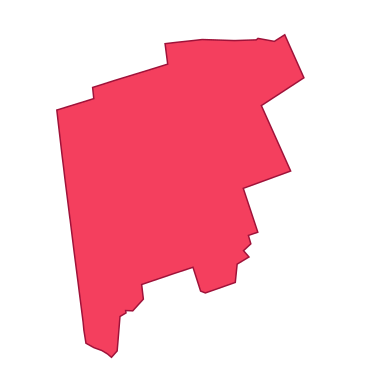 Hillsborough, New Hampshire, United States of America, rotated 81°
{"feature_id": "52423323B30528767978051", "entity_name": "Hillsborough", "entity_type": "district", "adm_level": 2, "iso_a3": "USA", "parent_name": "United States of America", "parent_adm1": "New Hampshire", "projection": "orthographic", "projection_center": [-71.618, 42.952], "detail": "fine", "context": "isolated", "style": "filled", "palette": "rose", "viewbox_px": 384, "rotation_deg": 81, "n_neighbors": 0, "source": "geoboundaries", "source_scale": "gbopen_adm2", "svg_char_len": 949}
<svg xmlns="http://www.w3.org/2000/svg" viewBox="0 0 384 384"><g transform="rotate(81 192 192)"><path d="M342.7,297.4L337.3,290.8L328.4,288.6L303.7,282.6L301.1,276.1L298.7,276.1L300.1,269.1L290.2,256.8L275.5,256.2L269.8,223.2L266.5,202.8L291.2,199.0L293.8,194.6L288.1,163.4L270.3,158.7L265.1,145.9L258.0,150.3L252.4,142.0L243.7,143.1L242.0,133.3L196.4,140.8L186.7,91.3L162.9,97.7L117.5,110.0L96.7,63.6L61.4,73.1L51.2,75.8L56.1,87.1L50.6,102.8L51.8,104.7L49.1,126.3L43.0,158.1L42.7,165.1L41.7,184.9L41.3,195.4L61.9,196.0L62.9,202.9L63.7,208.3L69.8,251.5L73.2,273.8L84.4,274.4L89.9,312.7L90.0,312.7L101.1,313.2L135.7,314.6L147.8,315.0L157.7,315.4L192.5,316.5L198.3,316.7L199.9,316.7L200.3,316.7L232.9,317.8L250.3,318.3L260.7,318.6L264.3,318.7L267.5,318.8L273.7,319.0L290.5,319.5L296.9,319.7L303.5,319.9L311.5,320.4L324.8,320.4L330.4,313.2L334.5,305.8L339.0,300.5L339.2,300.4L342.7,297.4Z" fill="#f43f5e" stroke="#9f1239" stroke-width="1.5"/></g></svg>